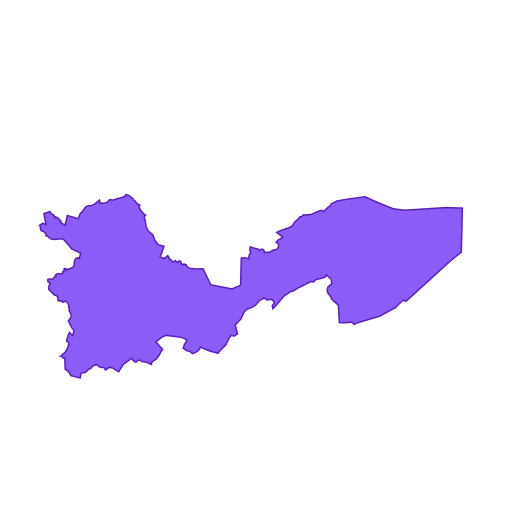 Idemili South, Anambra, Nigeria, rotated 168°
{"feature_id": "59680162B38736391522213", "entity_name": "Idemili South", "entity_type": "district", "adm_level": 2, "iso_a3": "NGA", "parent_name": "Nigeria", "parent_adm1": "Anambra", "projection": "orthographic", "projection_center": [6.922, 6.058], "detail": "fine", "context": "isolated", "style": "filled", "palette": "violet", "viewbox_px": 512, "rotation_deg": 168, "n_neighbors": 0, "source": "geoboundaries", "source_scale": "gbopen_adm2", "svg_char_len": 6155}
<svg xmlns="http://www.w3.org/2000/svg" viewBox="0 0 512 512"><g transform="rotate(168 256 256)"><path d="M457.4,319.6L456.8,319.4L456.0,318.9L454.1,316.5L452.8,315.2L449.8,314.1L445.6,313.6L442.0,313.1L440.5,311.9L439.4,309.8L434.7,301.1L432.6,299.6L426.9,295.1L429.3,290.5L429.8,290.2L430.4,291.4L431.0,291.3L433.0,291.0L434.7,288.6L436.0,284.4L436.5,283.8L438.0,283.0L441.3,282.1L442.1,282.4L443.0,281.9L444.4,281.7L444.3,282.9L444.7,283.4L446.4,283.4L446.5,281.3L448.3,281.0L448.9,279.0L450.5,279.1L451.6,279.3L452.5,279.8L454.1,280.0L456.1,279.0L456.1,278.7L455.7,278.0L456.1,277.5L456.9,277.7L457.0,277.7L458.8,276.4L458.8,275.9L460.1,275.5L461.5,276.3L462.1,276.3L463.1,276.4L464.4,276.5L464.9,274.4L464.9,274.0L464.2,273.3L463.7,273.1L463.1,271.3L463.9,270.9L464.6,270.1L465.7,266.5L461.3,259.7L459.2,258.7L458.9,257.7L458.4,257.3L458.9,253.5L457.9,253.1L456.7,252.7L455.5,252.0L454.4,250.9L453.6,251.2L452.5,251.8L450.7,250.3L449.8,248.9L449.6,247.5L449.5,246.4L449.5,245.3L450.0,244.6L449.4,243.7L449.4,243.1L450.2,242.0L448.9,236.1L450.6,233.6L453.0,231.6L451.6,225.9L451.0,223.9L450.5,222.9L449.6,221.4L450.5,218.8L452.1,216.4L454.4,220.1L455.7,218.3L457.2,215.6L457.9,214.6L458.6,213.3L458.7,211.4L458.1,211.3L457.6,210.7L457.1,208.9L457.7,208.3L458.1,207.8L459.3,205.4L460.4,204.0L462.0,202.2L462.9,201.5L464.7,200.4L467.8,198.8L466.9,198.7L466.6,198.6L466.5,197.6L466.3,197.5L466.3,196.4L464.2,196.2L466.2,184.8L465.3,184.1L463.9,182.2L463.1,181.0L462.0,177.5L453.3,173.3L451.6,177.4L450.8,177.7L446.9,177.7L442.8,180.3L441.3,180.1L439.7,181.6L435.8,183.2L435.7,182.7L434.3,182.7L433.4,181.8L432.3,180.1L430.3,179.1L429.1,178.9L428.7,178.8L428.2,178.5L427.5,178.0L427.0,175.9L426.3,176.0L425.0,176.6L423.6,177.2L423.0,177.8L422.7,177.3L422.2,177.3L421.5,177.2L420.8,176.6L420.3,176.7L419.8,176.4L414.4,171.3L408.4,177.5L399.8,181.4L399.6,181.7L399.0,181.9L398.7,181.8L398.5,181.3L398.2,180.1L397.9,179.5L396.9,178.9L397.0,178.6L396.8,177.8L396.1,177.4L395.4,177.1L393.4,178.2L392.8,178.4L392.5,178.4L390.9,178.2L390.7,177.9L390.2,177.3L388.7,176.1L387.2,175.5L385.9,175.2L385.0,174.8L382.4,172.7L380.8,171.7L380.3,173.6L379.0,174.1L377.4,175.1L375.3,175.7L373.9,176.9L371.1,179.3L369.0,182.0L368.9,182.2L368.8,182.4L366.7,184.1L368.3,186.7L371.8,192.8L367.0,195.2L363.6,196.6L360.3,197.0L355.3,195.3L348.5,192.9L345.5,191.7L341.0,188.5L342.5,186.3L344.6,184.1L346.4,180.9L345.0,180.0L344.5,178.6L343.3,177.7L340.9,176.6L339.6,175.3L338.6,173.8L335.5,174.1L331.4,175.9L329.4,178.4L320.9,172.6L313.4,168.8L310.4,171.3L304.1,175.2L299.4,181.2L297.9,182.5L297.2,183.5L293.8,182.2L290.2,183.8L290.7,192.8L283.8,197.6L279.5,203.5L277.2,205.0L275.6,205.9L272.1,206.4L268.1,207.3L265.4,208.9L262.4,211.4L257.6,213.2L257.5,212.8L256.8,213.0L254.8,211.6L254.7,210.9L253.4,210.6L251.9,210.7L250.5,210.2L249.9,210.4L249.5,210.0L248.7,209.3L248.6,208.4L247.7,207.2L247.9,206.6L248.7,205.6L250.6,203.7L250.2,202.8L250.5,201.1L249.1,201.7L246.9,203.5L244.6,205.1L236.7,211.1L233.1,212.4L229.7,214.1L226.7,214.0L220.7,216.3L217.5,216.9L213.3,218.1L207.9,219.5L205.1,218.6L202.9,220.3L200.4,220.5L195.2,220.6L194.0,221.1L193.1,220.8L191.1,223.0L189.5,220.6L187.1,217.8L187.6,215.1L187.6,213.1L189.0,212.4L191.8,211.0L193.4,208.4L193.6,205.7L193.0,203.9L191.8,201.8L191.1,199.1L190.8,197.8L185.7,190.8L188.3,173.5L183.2,172.2L176.2,171.4L174.1,168.7L171.5,169.5L147.8,171.4L130.6,176.4L121.3,182.3L120.3,181.3L119.7,181.5L118.7,180.5L66.1,211.2L54.4,217.1L44.2,260.0L60.4,263.9L101.2,269.9L111.8,273.6L126.5,283.5L137.1,291.3L157.6,292.7L165.3,293.0L171.7,291.3L172.4,289.9L173.7,289.4L175.6,288.6L177.7,287.1L180.4,285.6L181.9,286.8L183.8,287.1L188.2,286.3L193.3,285.1L201.8,286.3L203.0,284.7L204.9,285.3L206.2,283.9L210.8,281.4L214.9,277.5L216.6,277.2L219.6,276.3L220.9,276.7L221.6,276.4L223.1,276.0L225.0,276.0L227.7,275.5L229.0,275.3L230.8,274.7L228.1,271.4L226.0,269.0L227.4,268.2L228.3,267.7L229.4,267.4L230.3,267.4L232.3,266.2L232.7,266.0L233.5,265.1L232.8,264.5L231.4,262.7L232.0,260.8L232.4,260.0L233.1,259.2L233.8,258.6L234.7,258.1L236.0,258.1L237.6,258.3L239.8,257.6L241.4,257.0L242.2,256.9L244.1,257.2L246.4,257.7L246.9,257.7L247.2,260.4L248.0,261.2L249.2,261.4L250.2,261.4L251.1,261.1L251.4,260.9L252.5,262.3L253.9,263.1L256.3,264.1L257.9,265.1L259.8,266.1L260.6,264.5L260.7,262.4L260.1,260.3L261.5,259.5L262.9,257.6L263.5,255.1L264.8,255.4L267.8,256.7L270.8,257.0L277.2,230.6L286.3,228.8L306.2,237.2L310.5,254.6L313.3,255.0L317.7,255.9L323.7,257.8L326.5,261.1L326.1,262.0L327.7,262.9L327.9,262.6L328.5,263.1L329.1,262.7L329.6,263.2L329.9,263.0L330.6,263.5L330.9,263.9L330.7,264.6L330.5,265.3L330.7,266.0L331.9,267.3L334.1,266.0L335.3,267.5L335.9,268.4L337.7,267.4L338.6,267.4L339.4,268.7L339.9,269.1L339.9,270.1L340.1,270.4L340.7,270.5L341.3,270.7L341.4,271.9L341.7,273.5L342.3,274.7L346.5,272.4L346.8,273.1L350.0,275.0L345.8,281.4L344.0,284.7L349.1,287.1L351.8,292.7L352.4,298.2L356.2,302.7L357.4,307.9L356.9,314.3L357.4,316.4L356.7,318.2L355.5,318.9L357.0,320.6L358.4,322.8L359.3,324.6L360.4,329.1L359.0,329.8L360.2,331.0L361.1,331.5L362.1,333.3L362.5,333.8L362.7,334.6L363.4,335.4L364.2,336.3L364.4,337.7L365.6,339.1L366.6,340.5L367.5,341.4L368.7,342.2L370.5,343.2L371.7,341.7L376.6,341.0L380.8,340.9L382.1,340.5L384.8,340.5L386.9,341.5L387.6,341.4L388.6,340.8L390.0,339.7L391.2,339.3L392.7,339.2L393.6,339.3L394.4,339.4L396.7,340.0L397.7,340.1L397.4,341.8L397.5,343.3L402.5,340.6L406.0,339.5L409.1,340.0L411.3,339.9L413.2,338.8L416.1,336.1L419.2,333.9L422.2,329.4L428.0,332.7L429.7,333.5L432.2,334.9L433.7,331.4L434.4,329.5L435.4,328.2L435.9,326.6L436.1,325.8L438.8,328.0L439.7,329.1L440.5,329.6L439.5,330.7L440.6,332.1L441.0,332.8L441.1,333.3L442.0,333.9L441.8,334.3L443.1,335.3L443.6,335.8L444.1,335.2L444.5,335.6L445.3,337.3L445.3,338.0L446.5,339.2L447.5,340.0L448.5,342.5L449.8,342.1L454.7,341.5L454.9,332.4L454.9,330.5L455.5,330.6L456.3,331.1L457.4,332.2L457.9,332.3L459.2,331.7L459.5,331.5L460.3,331.5L461.3,331.0L460.8,329.4L461.1,328.1L461.2,326.9L461.0,325.8L460.6,325.1L459.7,324.7L458.9,324.4L458.1,323.2L456.9,321.8L456.6,321.2L456.5,320.7L457.0,320.1L457.4,319.6Z" fill="#8b5cf6" stroke="#5b21b6" stroke-width="1.5"/></g></svg>